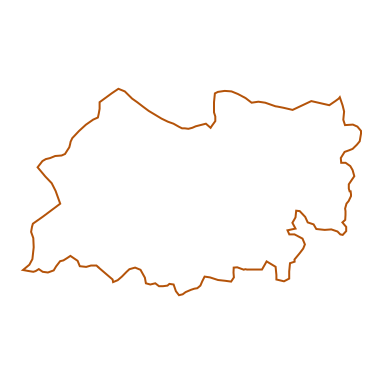 the district of Dibis, At-Ta'mim, Iraq
{"feature_id": "34846034B21026183347642", "entity_name": "Dibis", "entity_type": "district", "adm_level": 2, "iso_a3": "IRQ", "parent_name": "Iraq", "parent_adm1": "At-Ta'mim", "projection": "robinson", "projection_center": [44.143, 35.661], "detail": "fine", "context": "isolated", "style": "outline", "palette": "amber", "viewbox_px": 384, "rotation_deg": 0, "n_neighbors": 0, "source": "geoboundaries", "source_scale": "gbopen_adm2", "svg_char_len": 2548}
<svg xmlns="http://www.w3.org/2000/svg" viewBox="0 0 384 384"><path d="M197.3,288.2L200.4,285.6L202.2,281.4L204.6,276.6L210.0,277.4L218.0,280.0L225.3,280.8L231.1,281.6L233.9,277.4L233.5,272.6L233.7,267.6L237.2,267.3L242.4,269.2L243.8,269.7L244.2,269.5L245.4,269.2L247.2,269.6L247.7,269.5L256.0,269.5L262.0,269.5L265.1,264.1L266.6,261.4L275.6,266.8L276.4,275.0L276.4,279.5L284.0,281.3L289.2,278.6L289.2,271.4L290.0,263.2L294.6,261.7L294.5,259.5L299.7,253.2L303.2,248.6L304.9,244.4L302.5,238.6L294.5,234.4L289.3,234.4L287.5,230.3L295.5,228.6L292.4,222.8L295.5,217.4L296.2,210.7L299.7,211.1L305.2,216.9L307.7,222.4L313.6,224.4L316.3,229.0L324.7,229.9L331.3,229.4L337.5,231.5L340.3,234.4L342.7,234.9L346.2,231.1L346.2,226.9L344.8,225.3L342.4,222.4L345.2,219.9L345.5,214.9L345.5,211.1L345.1,208.6L346.5,203.6L348.6,201.1L351.0,196.1L351.0,194.4L350.6,191.3L349.6,191.3L348.8,188.6L348.8,184.3L351.7,180.0L354.3,176.2L352.6,170.1L350.3,166.1L345.6,162.8L341.2,162.8L340.8,158.0L344.6,151.9L348.8,150.4L352.6,148.9L356.8,144.8L359.7,141.3L361.0,133.7L361.0,130.9L357.4,126.6L352.9,124.6L345.0,125.1L343.3,119.8L344.1,111.5L342.6,105.4L339.8,97.2L338.7,98.6L335.3,101.1L329.3,105.2L311.3,101.1L292.6,109.9L283.6,107.8L277.0,106.5L276.9,106.5L275.5,106.3L265.2,102.7L258.4,101.7L251.6,102.7L245.6,98.1L237.9,94.0L231.5,91.4L224.7,90.9L217.9,91.9L214.9,93.4L214.0,102.2L214.0,108.8L214.0,112.4L215.3,116.5L215.3,121.1L211.9,125.8L210.6,127.8L205.9,123.7L195.7,126.3L192.3,127.8L188.4,128.8L184.6,128.3L182.0,128.3L179.0,126.8L173.5,123.7L167.9,121.7L161.5,118.6L154.7,114.5L148.7,110.9L143.2,106.8L137.2,102.2L132.1,98.6L124.8,91.4L118.4,88.8L111.6,93.4L99.6,102.2L99.6,108.8L98.8,113.4L97.9,117.5L93.2,119.6L85.9,124.7L79.1,130.9L72.3,138.1L70.6,141.7L70.1,144.2L69.3,147.3L67.6,149.9L65.0,154.0L61.6,155.5L55.2,156.0L50.0,158.1L45.8,159.1L42.4,161.1L37.6,167.3L45.3,176.5L51.7,183.2L55.6,190.9L60.2,203.7L43.1,216.5L32.9,223.7L32.0,226.8L31.1,231.9L33.3,238.1L33.7,247.3L32.4,259.1L29.4,264.7L23.0,270.0L27.8,270.9L33.3,271.8L35.6,271.1L38.8,269.1L42.7,271.8L47.9,272.5L53.7,270.4L56.1,266.4L60.1,261.2L63.4,260.4L67.4,257.9L70.4,255.9L77.6,260.8L79.8,266.2L86.2,266.9L91.1,265.5L96.4,265.5L98.3,267.1L98.2,267.2L112.6,279.5L113.1,282.1L117.7,280.2L121.9,276.6L126.6,271.8L129.4,269.2L135.1,267.6L140.5,269.8L144.9,277.7L145.9,283.3L150.3,284.5L155.3,283.3L159.0,286.2L163.0,286.2L167.5,285.6L169.4,283.9L173.6,284.5L175.9,291.2L179.0,295.2L182.7,294.3L185.6,292.1L191.0,289.8L194.3,288.7L197.3,288.2Z" fill="none" stroke="#b45309" stroke-width="2"/></svg>